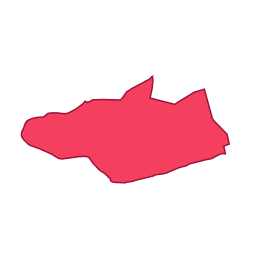 Niamina East, Central River, Gambia, rotated 194°
{"feature_id": "56634734B42374489083147", "entity_name": "Niamina East", "entity_type": "district", "adm_level": 2, "iso_a3": "GMB", "parent_name": "Gambia", "parent_adm1": "Central River", "projection": "albers", "projection_center": [-15.05, 13.638], "detail": "fine", "context": "isolated", "style": "filled", "palette": "rose", "viewbox_px": 256, "rotation_deg": 194, "n_neighbors": 0, "source": "geoboundaries", "source_scale": "gbopen_adm2", "svg_char_len": 1965}
<svg xmlns="http://www.w3.org/2000/svg" viewBox="0 0 256 256"><g transform="rotate(194 128 128)"><path d="M172.3,143.7L172.7,143.4L173.4,143.6L173.8,142.9L175.2,143.1L176.0,143.7L177.6,140.6L181.8,135.5L183.1,134.0L183.9,133.1L189.6,128.0L193.0,126.5L195.8,126.1L199.8,125.6L203.5,124.8L205.8,124.1L206.6,123.9L209.3,122.7L210.1,121.7L212.7,118.0L215.0,117.6L216.7,117.0L219.0,116.1L220.6,115.3L221.0,115.2L222.7,114.3L222.9,114.1L224.6,113.2L227.4,110.8L228.3,109.4L229.0,105.8L229.1,103.4L230.1,98.6L229.9,95.9L229.2,94.2L226.4,91.4L221.7,88.7L219.6,87.6L209.1,86.5L201.0,85.1L195.4,84.1L195.0,84.4L194.3,83.7L188.1,81.7L184.6,82.0L178.4,84.4L169.0,88.2L168.9,88.5L167.9,88.5L166.0,89.1L162.2,90.3L161.4,90.0L160.3,90.3L159.2,90.3L154.2,86.0L153.7,85.6L153.4,85.4L145.9,80.5L143.6,79.5L141.7,79.0L139.5,78.1L136.4,76.6L135.4,75.6L134.4,75.2L134.0,75.2L132.8,74.4L132.2,72.7L131.1,72.1L129.7,71.9L128.4,71.9L117.5,74.1L116.7,74.9L113.5,76.1L110.5,77.5L107.8,79.2L100.0,83.3L99.9,83.3L91.3,87.9L89.8,89.3L84.8,91.3L82.8,92.1L80.9,93.1L79.4,94.0L76.7,96.1L74.3,97.8L69.9,101.1L69.6,101.4L66.0,103.5L62.0,105.6L61.1,106.8L60.1,107.5L59.4,108.2L50.4,113.0L49.2,113.6L45.7,115.6L43.5,116.6L39.5,118.5L38.2,119.7L37.6,120.3L32.3,125.0L29.9,126.1L27.2,126.5L30.7,133.5L25.9,136.9L29.9,144.9L30.5,146.0L36.6,149.8L46.1,155.6L47.9,157.2L48.7,158.0L48.8,158.1L50.0,160.4L50.1,160.6L51.5,163.0L53.1,165.9L58.5,175.5L63.3,184.1L63.5,184.0L72.3,178.8L76.0,175.1L86.4,164.5L86.7,164.1L86.8,164.0L88.4,162.2L90.3,162.3L101.3,162.3L111.8,162.4L113.1,162.4L113.8,162.4L113.8,162.6L114.2,172.8L115.4,180.5L116.8,183.8L116.8,184.0L117.1,183.7L117.4,183.3L118.2,182.0L118.2,181.8L119.2,180.3L120.0,179.5L120.7,179.2L126.0,174.2L126.5,173.8L132.0,168.9L133.2,167.9L134.8,166.1L137.4,163.4L138.1,162.7L140.2,157.1L141.1,155.0L142.3,153.3L143.7,153.0L153.1,150.9L159.2,149.6L162.2,148.7L167.4,147.2L168.7,147.0L172.3,143.7Z" fill="#f43f5e" stroke="#9f1239" stroke-width="1.5"/></g></svg>